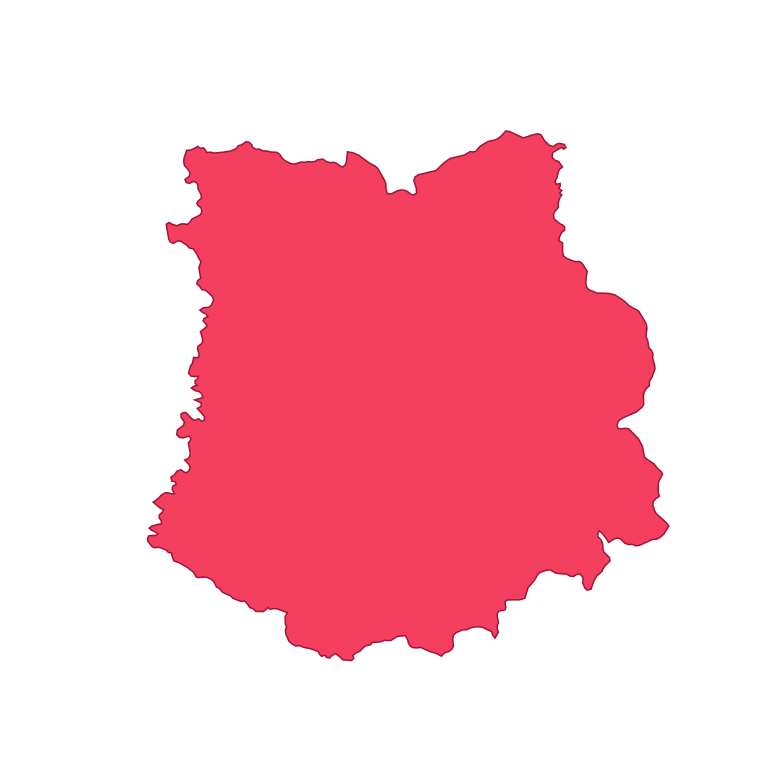 the district of Patrocínio, Minas Gerais, Brazil, rotated 75°
{"feature_id": "56859067B77345042852245", "entity_name": "Patrocínio", "entity_type": "district", "adm_level": 2, "iso_a3": "BRA", "parent_name": "Brazil", "parent_adm1": "Minas Gerais", "projection": "albers", "projection_center": [-47.063, -18.985], "detail": "fine", "context": "isolated", "style": "filled", "palette": "rose", "viewbox_px": 768, "rotation_deg": 75, "n_neighbors": 0, "source": "geoboundaries", "source_scale": "gbopen_adm2", "svg_char_len": 6158}
<svg xmlns="http://www.w3.org/2000/svg" viewBox="0 0 768 768"><g transform="rotate(75 384 384)"><path d="M199.3,147.8L197.0,152.1L197.0,155.4L198.5,158.9L196.4,162.5L190.0,166.2L183.9,167.8L182.1,170.6L181.8,176.0L182.4,185.6L172.6,197.5L171.1,200.8L174.6,206.3L176.0,209.4L177.0,213.1L176.6,220.8L179.2,229.6L183.0,235.0L182.9,238.0L181.8,240.7L183.7,247.2L183.2,261.8L185.5,268.0L191.3,278.7L190.8,296.7L192.1,300.6L195.1,302.5L203.7,302.2L208.0,303.2L209.1,306.4L207.9,308.7L203.6,312.0L201.8,314.8L200.8,318.4L200.9,321.9L202.3,327.6L200.9,331.5L196.8,331.7L190.8,330.4L186.8,330.9L174.3,334.2L171.3,336.1L166.2,341.4L156.7,349.0L153.0,353.6L151.4,356.6L150.3,359.2L159.3,362.7L162.1,364.4L163.7,367.6L161.5,370.5L158.7,372.6L156.9,374.9L156.3,378.5L154.4,382.0L150.9,384.8L150.2,390.1L151.2,393.1L150.8,396.5L149.5,400.0L149.3,403.4L148.1,406.4L148.5,413.3L147.1,416.8L143.1,421.4L139.6,423.9L135.1,425.3L132.4,427.8L130.6,433.4L129.0,436.0L127.4,440.7L124.8,443.8L124.1,447.1L121.4,449.6L118.4,449.9L115.5,451.8L114.3,454.5L116.2,460.1L116.1,463.0L118.2,465.6L118.9,468.8L119.2,471.9L118.6,478.2L117.0,488.2L115.2,491.4L114.4,495.5L111.4,496.1L109.0,497.5L109.0,500.3L106.2,502.4L107.3,505.7L108.0,510.6L107.2,514.1L114.1,518.7L118.0,520.0L121.4,520.2L127.1,517.3L130.4,516.7L133.2,518.7L134.9,523.3L138.0,523.0L139.8,520.3L139.0,515.5L141.3,512.6L144.3,512.3L147.3,513.1L153.7,511.7L157.3,512.3L158.9,515.9L161.2,518.2L163.9,517.3L165.8,515.5L168.3,515.0L171.5,515.9L173.2,518.2L175.0,526.9L177.5,529.5L178.9,532.9L177.4,536.1L176.9,539.0L177.5,543.1L175.2,546.9L172.3,549.8L173.3,553.0L188.4,554.4L191.1,553.9L193.7,551.2L192.4,546.9L193.3,543.5L199.0,538.5L202.2,536.8L204.2,533.2L210.6,531.0L214.9,530.4L218.3,529.1L223.9,532.8L234.4,533.7L235.9,537.1L238.9,539.0L242.0,536.7L245.5,535.7L247.6,531.8L253.7,527.9L256.6,526.7L259.4,527.2L263.3,530.5L264.5,533.4L263.6,538.6L264.9,542.8L267.7,540.9L270.0,538.1L273.4,536.7L274.0,540.8L276.2,542.4L281.8,539.7L283.8,542.6L286.0,547.9L289.1,547.5L296.0,547.9L298.2,550.4L299.2,553.7L301.6,555.0L308.2,555.0L310.6,557.0L309.0,561.0L314.0,563.4L316.4,566.1L322.9,570.0L326.4,568.4L327.8,565.2L328.5,561.3L330.9,562.9L331.9,565.7L334.6,566.2L336.9,564.9L336.9,568.0L338.1,571.2L341.5,568.2L343.7,564.2L346.6,562.5L350.2,562.6L350.4,571.0L354.8,565.5L358.3,566.4L359.2,570.7L368.7,566.0L372.2,566.6L372.9,569.6L369.6,572.1L370.2,576.4L367.8,578.6L360.3,582.7L359.7,585.3L360.5,587.9L363.7,588.6L369.2,586.7L372.1,588.4L374.8,595.4L379.3,597.3L382.6,595.5L384.1,591.8L383.8,585.9L386.6,584.6L388.8,586.0L390.2,588.3L400.6,589.0L403.9,590.6L405.4,592.9L405.8,596.2L411.1,593.3L414.7,592.9L417.3,594.9L418.6,597.9L416.8,600.3L414.2,602.3L414.6,606.6L417.4,609.8L418.9,613.9L422.8,614.2L424.5,610.9L427.1,610.8L428.0,614.6L431.2,615.9L435.8,614.7L435.0,618.0L433.2,620.6L432.5,623.6L433.6,627.9L435.8,631.0L438.4,637.6L445.9,632.3L448.5,629.4L450.4,631.4L452.2,634.8L455.0,635.9L458.3,634.5L461.6,635.2L461.0,638.8L461.3,645.7L462.5,648.2L465.1,646.5L466.9,644.0L470.1,641.1L471.3,643.4L469.6,650.1L471.6,652.2L474.5,652.9L481.0,650.2L482.7,648.2L483.6,643.2L488.2,637.2L491.0,635.9L492.1,632.9L494.5,633.3L500.4,632.8L504.0,627.7L510.7,621.1L516.2,616.9L522.4,615.0L524.4,606.0L527.8,601.5L530.6,599.6L536.8,598.3L538.8,595.9L543.3,594.0L549.1,586.9L551.9,585.4L556.8,578.7L557.6,574.9L561.3,572.8L565.2,571.5L567.3,568.6L570.5,566.6L572.6,559.4L570.1,553.7L572.2,552.3L572.4,548.3L573.9,544.8L579.9,536.6L583.3,539.8L590.5,541.4L593.2,541.0L596.0,542.8L600.3,543.6L607.8,542.4L611.3,540.1L614.2,537.1L614.9,533.2L617.4,530.1L620.8,523.2L625.2,516.9L628.2,516.2L630.8,514.9L630.8,511.1L633.3,510.2L634.6,507.5L632.9,504.5L631.7,500.7L636.6,496.9L639.7,495.3L642.7,487.0L641.3,484.2L638.2,484.4L636.5,480.7L636.0,476.7L632.2,470.2L632.3,464.2L630.6,462.3L632.2,454.0L631.7,449.8L632.9,446.6L633.5,443.3L631.3,436.9L632.5,428.5L637.3,427.3L641.0,427.5L643.7,426.6L645.8,424.9L647.3,421.1L648.1,416.5L654.1,409.2L658.8,401.8L661.8,399.1L659.4,395.2L659.2,390.6L657.7,387.0L655.1,384.8L648.0,383.6L644.7,381.9L642.8,378.7L641.8,371.5L642.7,367.9L641.9,362.1L642.3,357.8L644.4,351.9L651.1,344.1L654.4,344.1L658.2,342.5L653.2,337.7L649.7,338.1L646.9,337.2L644.0,335.1L638.3,334.9L635.1,334.0L633.0,331.8L633.6,325.9L631.4,324.1L625.5,323.6L624.6,320.3L627.6,308.7L627.4,303.4L617.9,297.5L612.9,289.9L607.4,284.3L606.4,281.8L606.0,275.8L606.4,271.7L610.6,267.7L612.1,265.0L614.9,256.9L617.8,253.9L619.0,250.8L618.0,247.9L617.8,244.1L621.9,242.1L624.8,242.4L627.2,243.6L633.1,242.8L635.8,241.1L635.8,237.2L628.2,232.0L624.4,228.1L621.3,221.9L618.8,220.0L616.8,217.4L613.4,211.5L610.2,211.1L603.2,215.1L600.2,215.2L594.5,214.1L590.8,214.7L586.9,216.9L583.6,216.1L581.6,214.1L584.0,212.3L591.5,209.0L595.2,208.0L593.2,201.8L593.3,198.2L594.7,195.7L599.9,192.7L602.2,189.8L603.2,185.5L605.5,182.9L605.9,178.6L603.6,164.7L604.5,161.1L603.7,157.4L601.5,152.6L595.1,145.7L592.0,146.7L579.3,154.7L576.1,155.5L570.4,155.6L567.4,154.4L565.0,151.1L563.7,147.1L559.7,147.1L551.5,144.9L548.8,143.5L543.2,138.2L540.2,139.0L537.2,141.2L530.9,144.0L524.2,150.0L521.4,151.3L511.0,150.5L502.8,152.4L490.5,159.3L489.1,162.7L488.8,166.1L487.9,169.2L484.3,169.8L481.3,167.8L479.5,165.1L478.4,161.3L476.4,147.6L473.2,140.7L470.9,138.4L462.5,136.5L459.4,134.9L456.2,131.7L454.5,128.2L450.3,127.0L447.0,123.7L439.6,118.3L435.6,117.7L428.6,117.8L424.3,116.4L420.4,117.1L417.7,118.7L409.6,118.0L406.0,118.8L398.1,115.5L393.7,115.1L379.3,119.2L372.0,126.8L366.1,130.5L359.7,136.0L357.6,138.1L354.7,143.4L351.3,154.6L346.0,161.7L343.3,163.1L339.5,163.2L333.2,161.1L327.9,158.5L318.7,161.4L316.3,163.4L315.4,167.2L313.9,169.9L309.6,175.4L306.8,177.4L302.8,177.3L294.0,175.0L290.7,178.0L287.3,176.3L283.5,173.1L282.3,169.8L279.1,168.8L276.7,170.1L274.9,172.4L268.7,176.9L264.9,176.7L261.9,174.8L258.4,169.8L255.0,169.1L252.1,167.6L249.4,165.8L247.4,163.3L245.1,165.1L243.2,162.2L240.0,164.8L238.4,162.5L235.8,162.0L235.8,165.8L232.7,166.4L229.8,163.7L223.8,160.5L221.7,158.3L220.6,155.4L214.2,157.8L212.3,160.8L208.5,162.9L204.1,161.2L201.4,151.4L203.6,149.8L202.9,147.1L199.3,147.8Z" fill="#f43f5e" stroke="#9f1239" stroke-width="1.5"/></g></svg>